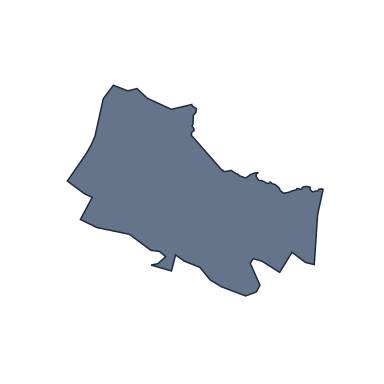 Tazewell, Virginia, United States of America, rotated 52°
{"feature_id": "52423323B83888441081601", "entity_name": "Tazewell", "entity_type": "district", "adm_level": 2, "iso_a3": "USA", "parent_name": "United States of America", "parent_adm1": "Virginia", "projection": "equal_earth", "projection_center": [-81.51, 37.135], "detail": "fine", "context": "isolated", "style": "filled", "palette": "slate", "viewbox_px": 384, "rotation_deg": 52, "n_neighbors": 0, "source": "geoboundaries", "source_scale": "gbopen_adm2", "svg_char_len": 1679}
<svg xmlns="http://www.w3.org/2000/svg" viewBox="0 0 384 384"><g transform="rotate(52 192 192)"><path d="M122.9,138.3L114.1,157.4L90.6,169.5L76.6,171.7L72.8,180.3L59.5,188.2L63.8,204.4L88.3,234.1L92.8,242.4L96.9,252.4L106.6,283.5L127.3,277.8L134.8,274.0L145.0,296.9L161.5,288.8L186.8,267.4L212.7,260.3L218.7,254.3L226.7,252.5L227.5,262.9L224.4,269.2L241.6,256.8L231.5,243.7L241.6,240.7L256.3,232.2L272.5,231.8L284.9,227.1L306.9,213.8L310.4,202.6L307.2,195.8L284.1,190.0L282.2,184.8L289.8,179.4L309.3,172.4L301.1,150.3L317.3,146.0L324.5,140.4L305.1,123.0L287.2,107.0L270.7,87.1L269.1,88.1L268.8,88.8L268.4,89.9L267.9,90.2L268.0,90.8L268.4,91.4L268.6,92.4L267.2,94.2L266.6,96.2L265.9,97.0L264.8,97.1L263.7,97.4L262.1,97.0L261.8,96.9L261.5,96.3L261.1,96.0L260.6,96.3L258.2,98.2L256.5,101.1L256.4,102.6L257.0,103.4L257.2,104.3L256.6,105.1L255.1,105.8L253.9,107.3L254.4,108.4L252.3,113.9L252.1,114.5L252.2,114.9L251.4,116.8L249.4,120.5L245.0,121.6L243.1,120.8L237.0,121.9L236.7,122.4L234.7,123.7L232.8,124.0L232.2,124.5L232.5,125.3L232.4,126.0L231.6,127.4L226.0,129.9L224.5,131.9L223.2,132.2L219.8,132.0L218.4,131.3L217.5,130.1L217.3,129.1L217.6,128.8L217.6,128.4L217.2,128.4L215.5,131.2L215.1,132.5L214.8,133.7L214.2,135.4L214.3,138.1L213.9,140.9L213.3,141.5L208.6,144.5L206.0,145.0L203.8,146.3L199.3,147.7L199.0,148.0L197.4,151.3L195.7,154.0L194.7,154.6L194.4,154.6L194.3,154.4L193.9,154.2L193.0,155.0L146.9,157.6L146.7,157.1L145.6,156.5L144.9,155.5L144.6,152.7L144.8,152.5L143.5,151.6L140.2,151.4L138.7,149.0L132.2,143.5L132.0,140.6L130.7,138.8L129.3,137.4L128.1,137.4L127.3,137.8L125.3,138.7L123.2,138.6L122.9,138.3Z" fill="#64748b" stroke="#1e293b" stroke-width="1.5"/></g></svg>